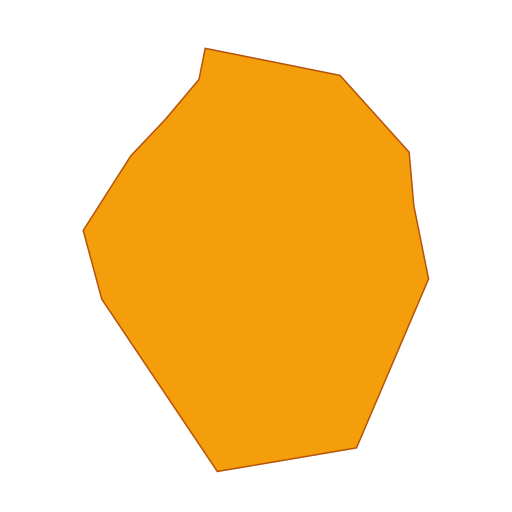 Seo-gu [West District], Daegu, South Korea (Natural Earth projection), rotated 265°
{"feature_id": "91817680B37138617445780", "entity_name": "Seo-gu [West District]", "entity_type": "district", "adm_level": 2, "iso_a3": "KOR", "parent_name": "South Korea", "parent_adm1": "Daegu", "projection": "natural_earth1", "projection_center": [128.554, 35.869], "detail": "fine", "context": "isolated", "style": "filled", "palette": "amber", "viewbox_px": 512, "rotation_deg": 265, "n_neighbors": 0, "source": "geoboundaries", "source_scale": "gbopen_adm2", "svg_char_len": 346}
<svg xmlns="http://www.w3.org/2000/svg" viewBox="0 0 512 512"><g transform="rotate(265 256 256)"><path d="M44.7,198.7L56.1,339.4L218.1,425.9L292.4,417.6L346.1,417.6L398.9,377.8L412.1,367.9L428.6,355.4L467.3,223.5L436.9,214.6L399.7,177.3L366.7,140.0L296.5,86.1L226.4,98.6L44.7,198.7Z" fill="#f59e0b" stroke="#b45309" stroke-width="1.5"/></g></svg>